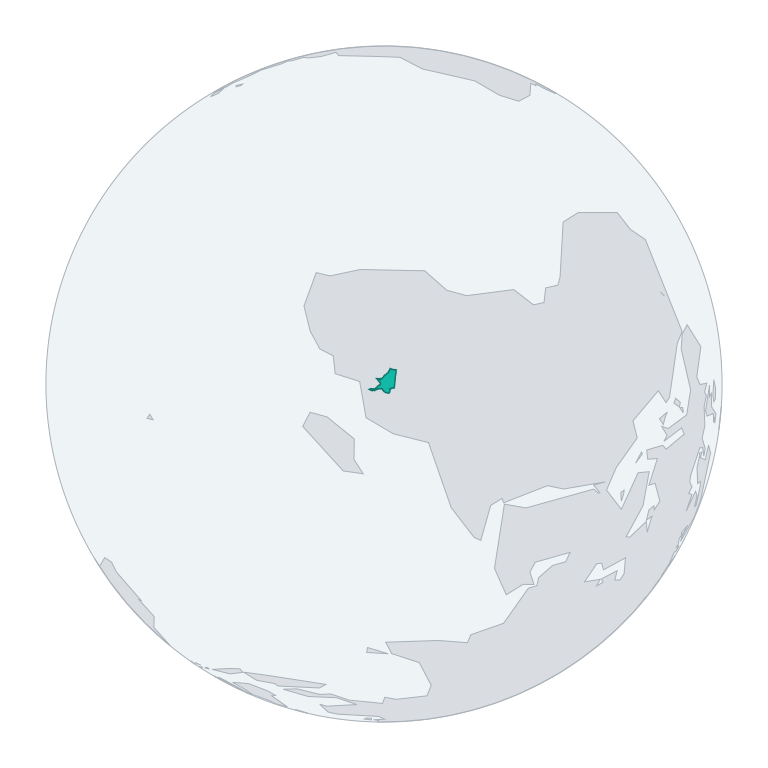 the Earth from above Tete, rotated 115°
{"feature_id": "MOZ-1190", "entity_name": "Tete", "entity_type": "Province", "adm_level": 1, "iso_a3": "MOZ", "parent_name": "Mozambique", "parent_adm1": "", "projection": "orthographic", "projection_center": [33.352, -15.869], "detail": "fine", "context": "on_globe", "style": "filled", "palette": "teal", "viewbox_px": 768, "rotation_deg": 115, "n_neighbors": 0, "source": "natural_earth", "source_scale": "10m", "svg_char_len": 8831}
<svg xmlns="http://www.w3.org/2000/svg" viewBox="0 0 768 768"><g transform="rotate(115 384 384)"><circle cx="384" cy="384" r="338" fill="#eef3f6" stroke="#a8b0b8"/><path d="M47.7,351.2L48.4,351.6L48.5,363.4L47.9,373.2L49.4,372.4L49.5,378.1L60.7,373.8L70.8,381.4L73.5,401.4L70.9,429.7L82.2,482.2L81.2,507.7L90.2,529.0L105.5,563.8L103.7,567.7L113.8,579.4L120.6,590.6L122.0,594.9L130.5,604.8L132.0,607.8L136.9,611.9L151.4,628.0L161.5,636.1L175.2,648.3L181.7,652.6L182.5,653.7L186.4,656.9L190.8,659.9L187.6,658.8L173.4,648.3L170.3,645.8L163.9,640.4L164.0,640.5L145.7,623.6L128.7,605.4L113.1,586.0L98.9,565.4L86.3,543.9L75.3,521.5L66.0,498.4L58.5,474.7L52.7,450.4L48.7,425.8L46.5,401.0L46.2,376.0L47.7,351.2ZM197.0,662.6L189.9,660.3L192.0,660.7L183.4,654.0L190.8,657.1L197.0,662.6ZM175.9,644.1L171.9,638.9L173.9,639.7L177.1,643.6L175.9,644.1ZM458.5,54.4L464.5,55.8L467.4,57.1L470.0,57.7L469.1,57.0L461.9,55.2L484.9,61.5L507.3,69.4L529.2,78.8L550.3,89.8L570.6,102.2L589.9,116.1L608.3,131.2L625.5,147.6L641.5,165.2L656.3,183.9L669.7,203.5L681.7,224.1L692.2,245.4L692.9,247.1L691.1,246.7L692.8,251.7L687.5,241.8L687.4,248.0L702.9,286.8L704.9,296.1L701.4,306.9L700.1,299.5L686.0,273.1L688.4,294.5L699.3,320.7L703.2,346.4L697.0,333.8L692.5,311.1L687.4,301.2L685.2,281.8L674.1,250.3L667.6,250.9L664.7,239.8L648.4,213.2L637.1,213.9L621.6,234.3L625.1,263.0L617.3,273.3L593.6,226.6L583.2,199.0L574.5,199.3L550.3,174.5L508.0,166.8L502.2,160.1L494.2,162.0L477.2,154.5L468.3,144.2L457.9,144.2L481.6,171.6L492.8,172.3L502.3,163.3L506.8,173.3L523.3,184.1L504.5,205.9L442.0,224.1L436.3,202.9L390.7,149.6L392.2,144.1L392.1,143.5L391.5,142.5L387.0,151.3L379.2,142.1L403.2,176.7L407.1,192.9L441.1,225.4L437.8,228.6L448.9,236.0L484.8,230.2L484.9,237.5L467.7,270.8L418.3,318.9L425.2,354.6L422.1,386.0L392.0,407.1L395.3,432.6L379.9,441.9L379.4,456.8L367.4,473.1L347.1,489.5L311.7,492.5L308.9,478.7L290.3,453.9L264.2,395.0L272.5,366.7L269.1,346.6L243.6,306.3L249.1,282.0L242.5,273.4L228.6,278.1L221.0,268.2L212.7,269.6L161.5,290.1L146.5,280.4L130.1,245.1L139.8,225.9L142.7,208.1L210.4,136.0L223.5,135.3L275.4,119.6L281.7,120.5L274.2,132.6L312.1,142.8L325.9,131.7L361.6,138.2L386.1,137.5L397.3,115.9L357.0,116.2L351.4,106.6L384.7,97.8L420.1,100.0L419.0,96.5L397.8,88.2L407.1,82.9L390.6,85.3L396.4,88.6L386.2,90.7L380.3,87.9L383.8,85.8L373.5,84.5L359.4,96.4L363.8,101.1L336.0,104.7L340.7,113.2L332.8,118.0L321.8,105.5L323.8,100.7L302.5,90.7L298.0,95.8L317.7,106.1L311.0,105.7L305.0,114.4L304.3,107.6L284.0,96.6L259.6,103.7L226.6,129.5L212.8,134.8L202.2,134.3L216.3,112.6L245.5,103.5L250.9,97.3L246.8,91.8L256.0,90.0L257.9,87.1L269.2,84.3L286.7,75.4L298.4,72.9L307.0,65.5L314.2,63.7L307.0,68.3L308.3,70.8L337.5,67.4L343.6,65.5L346.9,61.4L354.5,61.7L353.9,58.2L371.5,56.4L349.6,56.3L352.8,53.1L364.3,50.6L361.4,50.0L342.6,54.3L338.7,56.2L341.6,57.7L327.4,65.0L317.0,67.3L316.9,60.8L302.2,64.0L308.6,58.9L355.5,48.0L374.1,46.6L401.4,48.7L396.1,49.6L383.6,49.0L393.5,51.6L393.5,50.3L399.8,51.1L404.5,49.5L409.2,50.1L405.7,48.2L412.0,48.7L414.1,49.9L426.4,49.6L440.0,51.5L440.5,51.3L437.2,50.5L456.6,54.2L456.1,54.0L449.6,52.6L444.4,51.5L458.5,54.4ZM185.8,167.1L183.7,172.3L185.8,167.1ZM457.1,115.3L478.6,118.6L469.6,105.5L477.1,106.0L471.2,101.7L468.8,104.6L454.7,93.8L464.1,91.9L461.9,87.4L454.5,86.2L439.5,91.7L459.6,106.5L454.4,110.9L457.1,115.3ZM257.5,77.4L260.6,77.6L255.4,81.1L240.7,86.9L248.0,81.6L257.5,77.4ZM266.4,77.3L270.4,70.7L279.7,67.7L273.8,70.3L279.6,69.0L271.6,73.0L276.6,77.7L272.3,81.3L247.4,88.5L257.9,83.7L254.1,83.4L266.4,77.3ZM281.0,62.2L283.9,61.3L280.1,62.6L265.2,67.7L262.3,68.7L281.0,62.2ZM289.7,115.4L294.7,115.2L302.7,113.8L299.1,119.7L289.7,115.4ZM275.4,107.8L280.0,106.4L278.8,113.1L273.6,113.7L275.4,107.8ZM283.6,100.5L280.4,105.9L279.1,103.3L283.6,100.5ZM311.4,67.2L316.5,66.1L316.7,66.9L313.4,68.8L311.4,67.2ZM389.9,119.4L382.2,123.5L378.7,121.5L382.1,120.4L389.9,119.4ZM338.0,120.3L349.4,122.5L336.9,121.9L338.0,120.3ZM514.0,578.2L515.3,584.2L510.4,583.5L514.0,578.2ZM480.0,384.2L456.8,439.7L440.8,439.0L437.9,421.7L446.4,387.7L465.1,379.3L474.2,364.9L480.0,384.2ZM716.3,431.0L716.5,436.2L716.2,437.6L716.3,431.0ZM716.2,421.8L717.1,426.5L715.5,424.5L716.2,421.8ZM717.3,428.3L718.2,429.7L718.5,429.1L718.1,431.9L717.3,428.3ZM715.3,419.2L707.3,404.1L703.1,394.4L704.9,390.1L711.7,400.6L715.3,419.2ZM704.5,389.5L697.0,365.4L680.8,309.7L686.8,314.1L702.5,352.5L701.7,356.6L706.3,374.0L704.5,389.5ZM719.4,381.5L718.4,395.2L714.8,385.7L712.7,379.7L711.3,358.7L712.1,350.8L714.1,354.0L717.5,334.9L719.5,346.7L719.5,356.0L720.9,371.9L719.4,381.5ZM626.7,266.2L634.6,286.2L629.8,287.5L626.7,266.2ZM715.5,318.7L716.4,326.9L714.5,313.9L715.5,318.7ZM695.9,260.2L694.0,258.6L692.3,254.0L693.8,253.5L695.9,260.2ZM422.5,48.3L422.4,48.3L429.7,49.4L416.4,47.7L416.7,47.7L422.5,48.3ZM664.5,572.4L669.4,564.7L659.4,563.7L660.6,555.6L667.5,547.0L682.8,512.7L683.1,514.9L691.9,494.0L701.9,489.7L711.3,467.6L710.1,472.5L701.8,498.8L691.4,524.3L679.0,548.9L664.5,572.4ZM717.4,439.3L716.5,442.0L717.9,436.2L717.4,439.3ZM721.9,378.4L721.4,377.5L721.5,388.1L721.9,387.5L721.6,391.8L720.8,410.2L720.3,414.8L721.3,395.1L719.9,410.6L719.6,408.1L720.4,392.5L721.3,377.4L721.5,372.6L721.8,375.6L721.9,378.4Z" fill="#d9dde1" stroke="#a8b0b8" stroke-width="1"/><path d="M367.3,384.9L367.3,384.5L367.3,383.8L367.2,383.2L367.2,382.7L367.3,382.7L367.2,382.5L367.0,382.3L367.0,382.2L367.2,381.9L367.1,381.7L367.0,381.2L366.9,380.9L366.6,380.6L366.4,380.4L366.2,379.6L366.2,379.4L366.2,379.1L366.1,378.9L366.7,378.8L367.1,378.6L367.7,378.3L368.3,378.1L368.8,377.9L369.5,377.6L370.1,377.5L370.9,377.3L371.0,377.3L371.6,377.1L372.3,376.9L372.9,376.8L373.4,376.6L373.9,376.3L374.3,376.1L375.1,375.8L375.9,375.5L376.5,375.4L376.9,375.2L377.1,375.1L377.6,375.0L378.1,374.8L378.7,374.6L379.6,374.3L380.5,374.0L381.5,373.6L382.2,373.4L382.7,373.2L383.1,373.1L383.5,373.2L383.6,373.3L383.7,373.5L383.6,373.8L383.8,374.1L383.9,374.3L384.0,374.3L384.1,374.5L384.5,375.2L384.6,375.4L384.9,375.5L385.0,375.6L385.1,375.8L385.3,375.9L385.4,376.0L385.5,376.3L385.6,376.5L385.8,376.6L385.8,376.4L385.8,376.2L386.0,375.9L386.4,376.1L386.6,376.1L387.1,375.9L387.4,375.8L388.0,375.9L388.1,375.7L388.3,375.6L388.7,375.6L389.3,375.4L389.5,375.4L389.8,375.4L389.9,375.5L390.1,375.9L390.3,376.1L390.6,376.4L390.7,376.6L390.7,376.8L390.6,377.1L390.6,377.3L390.7,377.5L390.8,377.7L390.8,377.9L390.8,378.3L390.9,378.5L391.0,378.7L391.0,378.8L391.0,379.0L390.8,379.2L390.8,379.3L390.9,379.5L390.9,380.1L390.9,380.5L390.8,380.8L390.7,380.9L390.5,381.0L390.5,381.3L390.4,381.3L390.2,381.6L390.0,381.9L390.1,382.3L390.0,382.5L389.6,383.2L389.4,383.3L389.2,383.4L389.1,383.6L389.0,383.9L389.0,384.1L389.1,384.3L389.3,384.5L389.9,385.0L390.0,385.1L390.0,385.3L389.9,385.7L389.9,385.9L390.1,386.4L390.2,386.5L390.4,386.5L390.6,386.6L390.8,386.7L390.9,387.1L391.0,387.2L391.0,387.3L391.3,387.5L391.8,387.9L391.9,388.0L392.0,388.2L392.0,388.3L392.3,388.5L392.4,388.8L392.5,388.9L392.7,389.0L392.8,389.2L393.0,389.3L393.2,389.5L393.3,389.6L393.5,389.6L393.8,389.6L394.0,389.7L394.0,389.9L394.0,390.1L394.0,390.3L393.9,390.5L393.7,390.6L393.5,390.9L393.7,391.2L393.7,391.4L394.0,391.5L394.6,391.5L394.9,391.5L395.0,391.6L395.0,392.3L395.1,392.6L395.2,392.8L395.1,393.0L395.1,393.3L395.1,393.6L395.1,394.7L395.1,395.0L395.0,394.9L394.9,394.8L394.5,394.7L394.4,394.6L394.2,394.4L393.9,394.2L393.8,393.9L393.7,393.6L393.6,393.4L393.6,393.2L393.4,392.8L393.3,392.7L393.2,392.4L393.2,392.2L393.0,391.8L392.8,391.4L392.6,390.8L392.6,390.6L392.0,390.1L391.9,390.1L391.4,389.9L391.0,389.7L390.0,389.1L389.7,389.0L389.3,388.9L388.9,388.9L388.7,388.8L388.4,388.6L388.2,388.5L387.9,388.5L387.7,388.4L387.6,388.2L387.4,388.2L387.2,388.0L387.0,387.8L386.8,387.5L386.7,387.3L386.6,387.1L386.3,387.2L386.0,387.3L385.9,387.3L385.3,387.2L385.2,387.3L384.9,387.4L384.7,387.5L384.6,387.8L384.5,388.0L384.5,388.3L384.2,388.7L384.2,388.8L383.9,389.0L383.8,389.3L383.8,389.5L383.6,389.9L383.4,390.5L383.3,390.8L383.2,390.8L382.9,390.9L382.8,391.0L382.7,391.0L382.6,391.4L382.6,391.5L382.6,391.9L382.5,392.0L382.3,392.4L382.2,392.5L382.3,392.6L382.2,392.9L382.1,392.7L381.9,392.5L381.9,392.4L381.8,392.2L381.8,391.7L381.6,391.3L381.4,390.9L381.1,390.3L381.5,389.9L381.6,389.6L381.8,389.0L381.8,388.8L381.7,388.8L381.5,389.0L381.4,389.0L381.2,389.0L380.9,388.9L380.7,388.9L380.5,389.0L380.5,388.9L380.3,388.8L380.3,388.6L380.2,388.5L380.2,388.4L379.5,388.0L378.6,387.7L378.0,387.5L377.5,387.4L376.4,387.4L375.8,387.3L375.7,387.2L375.6,386.9L375.3,386.7L375.2,386.6L374.9,386.2L374.7,386.1L373.6,386.0L373.4,385.9L373.2,385.8L373.0,385.7L372.9,385.7L372.7,385.5L372.5,385.4L372.4,385.2L372.1,385.0L371.6,384.8L371.3,384.8L371.2,384.9L371.1,385.0L371.0,384.9L370.9,385.0L370.7,385.2L370.4,385.2L370.1,384.9L369.9,384.8L369.3,384.9L368.3,384.9L367.9,384.9L367.3,384.9Z" fill="#14b8a6" stroke="#0f766e" stroke-width="1.5"/></g></svg>